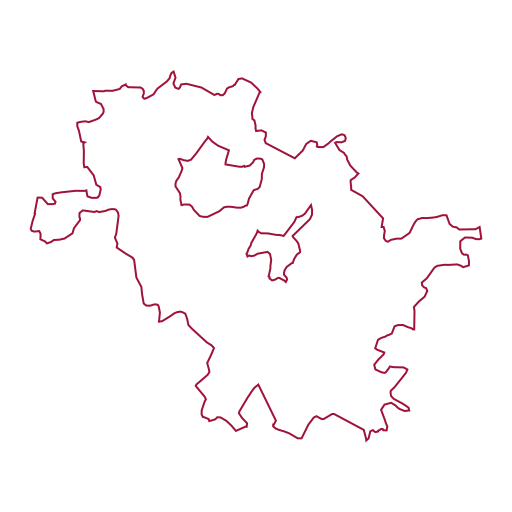 Zaqaziq, Ash Sharqiyah, Egypt (Mercator projection)
{"feature_id": "37247803B86566880158535", "entity_name": "Zaqaziq", "entity_type": "district", "adm_level": 2, "iso_a3": "EGY", "parent_name": "Egypt", "parent_adm1": "Ash Sharqiyah", "projection": "mercator", "projection_center": [31.49, 30.587], "detail": "fine", "context": "isolated", "style": "outline", "palette": "rose", "viewbox_px": 512, "rotation_deg": 0, "n_neighbors": 0, "source": "geoboundaries", "source_scale": "gbopen_adm2", "svg_char_len": 6011}
<svg xmlns="http://www.w3.org/2000/svg" viewBox="0 0 512 512"><path d="M479.6,227.0L475.6,229.2L459.3,229.5L456.7,227.4L452.8,226.7L449.6,223.9L446.5,215.3L442.6,215.2L436.7,217.0L432.7,217.6L426.9,218.1L422.3,218.0L417.7,219.2L415.7,221.2L413.7,224.4L409.6,232.9L402.3,238.0L401.0,238.7L397.0,238.6L391.1,239.8L387.8,241.7L385.9,241.0L384.0,238.3L384.0,235.6L384.8,231.0L383.6,227.0L381.6,227.0L383.1,218.4L362.7,196.3L351.1,189.8L351.2,187.4L350.6,182.1L350.7,180.1L354.6,177.6L358.4,173.5L356.7,172.4L350.3,165.6L347.2,159.6L346.6,156.3L344.7,154.2L344.0,152.9L339.5,150.1L335.1,142.8L336.4,142.1L341.6,142.3L344.9,141.0L345.6,139.1L345.7,137.7L344.4,135.1L341.8,134.3L337.2,136.2L330.6,141.4L328.6,143.3L323.3,147.1L318.0,147.0L316.8,146.5L317.3,144.9L316.7,142.3L310.8,140.8L306.2,144.0L302.8,150.5L294.8,158.3L265.7,143.1L264.5,139.8L265.8,136.5L265.9,132.5L261.4,130.4L256.1,131.0L255.5,128.3L255.6,125.7L254.4,120.4L252.5,119.0L251.9,113.0L253.3,107.1L259.5,92.7L260.4,92.1L257.6,88.7L251.2,82.6L242.1,78.4L238.4,79.0L234.8,84.9L234.2,84.9L232.8,86.2L228.9,87.4L226.9,88.7L224.8,93.3L222.8,95.2L220.2,95.2L219.6,94.5L218.3,93.8L217.0,93.8L214.4,95.0L201.4,87.5L186.5,83.8L181.2,84.4L179.8,87.6L178.5,88.9L175.3,87.6L173.4,83.5L175.5,77.6L173.6,71.6L171.6,72.9L170.3,75.5L169.6,78.2L166.9,81.4L157.6,88.5L155.6,91.1L153.6,94.3L148.9,96.9L146.3,98.2L144.3,98.8L142.6,97.0L143.8,93.5L143.8,90.8L142.6,88.8L140.6,87.5L128.2,87.2L125.6,85.1L125.6,84.5L121.7,86.4L119.7,89.0L112.5,90.8L105.3,90.7L103.9,91.3L93.2,91.0L95.7,101.1L96.2,101.9L101.0,104.0L103.6,109.1L103.6,111.9L102.8,113.7L99.0,118.1L96.1,119.5L88.9,122.1L85.1,121.3L81.1,121.8L77.3,122.7L77.3,126.1L79.0,131.0L81.2,141.5L84.7,142.4L83.3,143.3L83.9,151.5L83.7,163.4L84.3,167.2L87.3,167.0L93.7,175.4L96.3,184.7L100.3,187.1L100.7,189.5L99.4,195.1L99.0,196.0L98.2,196.6L97.9,197.5L96.5,197.8L91.8,197.9L88.1,196.6L87.5,196.4L86.8,193.3L86.4,190.4L84.9,190.9L75.7,190.8L62.4,192.2L55.7,193.2L52.7,194.2L52.7,198.3L55.5,201.8L55.0,203.6L52.7,204.1L47.8,204.1L42.1,197.7L37.6,197.6L34.6,213.3L35.1,213.7L32.8,220.4L30.7,228.8L31.6,230.7L34.2,231.6L39.2,231.1L40.6,233.9L40.4,239.3L45.0,241.4L46.9,243.4L50.8,242.1L53.9,240.0L59.4,239.7L64.6,238.5L72.5,233.3L74.0,228.1L80.0,220.2L80.0,218.3L79.4,217.0L79.5,213.0L82.8,210.4L94.5,212.0L96.6,211.1L99.1,212.1L105.6,210.9L108.3,209.7L111.5,209.1L114.2,209.1L116.1,209.8L118.0,212.5L118.6,215.8L116.3,233.6L114.9,237.6L117.4,243.6L116.7,247.5L125.7,253.6L132.8,257.8L132.8,258.4L134.1,259.8L136.4,277.6L141.4,287.0L142.0,293.6L143.7,303.5L146.3,305.6L150.2,305.7L154.2,304.4L156.8,304.5L158.1,305.2L158.7,306.5L159.9,312.5L159.0,321.7L162.3,321.1L169.6,316.6L174.2,313.4L176.9,312.2L180.1,311.6L182.7,312.3L185.3,313.7L187.2,319.0L188.4,325.0L192.2,329.0L207.0,342.5L211.5,345.3L214.0,348.0L211.3,354.5L207.2,363.0L209.0,369.6L209.4,372.0L207.6,374.9L196.4,384.5L195.7,385.9L204.6,396.6L205.9,399.3L204.5,401.9L201.7,410.4L201.6,414.4L202.9,417.0L203.6,417.0L208.7,419.1L209.3,421.1L215.3,419.3L217.2,417.3L220.5,417.4L226.3,420.8L231.4,425.6L235.9,430.9L245.8,426.5L246.6,426.8L247.1,423.3L242.0,417.9L238.9,413.2L239.5,411.2L247.6,397.6L252.4,390.4L254.4,387.8L258.3,384.6L275.9,420.6L273.9,424.5L273.2,424.5L273.2,426.5L275.7,428.5L279.0,429.9L284.2,431.4L289.3,433.4L297.7,438.3L301.6,438.3L308.4,424.6L313.8,417.5L316.4,416.2L321.6,419.0L323.6,419.1L332.1,414.0L334.1,414.0L363.8,429.9L366.2,439.1L366.3,440.4L368.6,438.4L370.3,431.3L372.9,430.1L374.2,431.4L375.5,432.1L378.1,431.5L378.1,430.8L381.4,428.9L382.7,429.0L383.3,430.3L386.6,430.4L387.3,426.4L386.1,423.8L384.8,419.8L381.1,409.8L384.5,404.6L391.1,402.8L395.6,405.5L397.5,407.5L399.4,408.9L404.6,411.0L409.2,410.5L408.6,407.8L406.0,405.8L401.5,403.0L393.8,398.9L391.2,396.2L390.6,393.5L390.7,390.9L394.7,387.0L406.0,372.8L407.4,369.5L403.5,367.4L393.8,367.2L389.9,366.5L389.2,367.8L385.8,372.3L384.5,372.9L381.3,372.2L375.4,369.4L374.2,364.8L378.3,359.6L383.6,354.4L384.3,352.5L377.1,349.7L375.2,348.3L378.0,339.8L381.3,337.9L385.2,336.7L387.2,335.4L389.2,334.8L391.8,333.5L394.6,326.3L397.9,325.1L402.9,325.0L408.3,327.3L410.9,328.0L412.2,328.7L412.8,329.4L414.2,329.4L414.5,310.9L413.9,307.0L419.3,301.1L424.6,296.7L427.3,290.8L426.1,288.1L424.1,287.4L422.2,285.4L421.8,282.6L426.9,278.2L434.3,267.8L437.0,265.9L444.2,264.8L448.7,264.9L457.2,264.4L461.1,265.8L463.1,267.2L468.9,265.4L469.0,261.4L467.9,255.4L466.6,254.7L464.0,254.7L462.0,253.3L460.2,248.6L460.3,241.2L465.0,237.5L472.2,237.7L476.0,239.1L479.3,239.2L481.3,238.6L479.6,227.0ZM226.3,159.1L225.6,162.4L225.5,164.4L239.2,166.7L241.8,166.8L244.2,165.9L244.6,166.8L249.7,165.6L253.0,162.4L254.3,159.8L257.0,158.5L260.2,158.6L262.2,159.3L262.8,160.6L264.1,164.0L264.0,167.3L261.9,173.8L261.8,179.1L259.7,187.0L257.7,188.9L253.7,190.2L249.0,198.6L247.6,203.9L246.9,205.5L244.9,205.8L244.3,206.5L241.0,207.7L236.4,207.6L231.2,206.8L227.3,206.7L224.0,207.3L219.4,211.2L207.5,216.9L202.9,216.8L199.7,216.0L193.9,210.0L192.0,206.6L189.5,204.6L184.2,204.5L181.5,205.1L180.4,199.7L180.5,196.4L179.9,193.1L175.5,186.4L175.5,183.8L176.2,181.1L178.9,177.2L181.7,170.7L182.4,168.1L178.5,159.1L179.9,158.8L183.8,160.2L187.7,160.9L191.0,159.7L196.4,153.2L205.8,140.2L207.1,138.9L208.0,136.9L212.3,141.6L218.1,145.7L228.9,150.3L226.3,159.1ZM270.4,266.0L271.2,259.9L270.0,253.9L267.5,251.9L257.6,253.7L254.3,255.6L251.1,256.2L249.1,255.5L247.5,256.5L246.5,253.7L247.2,252.8L248.6,248.8L250.6,245.6L251.3,243.0L256.8,233.2L257.6,230.7L258.7,231.9L261.3,233.3L267.9,233.4L276.3,234.9L279.6,235.0L283.7,235.9L294.2,222.1L296.5,217.2L298.9,216.9L302.2,215.7L304.8,213.8L311.0,205.1L312.1,210.0L312.0,214.6L309.9,219.2L292.6,236.0L293.2,237.3L296.4,240.7L298.3,243.4L300.1,250.7L300.1,252.2L296.8,254.6L294.1,259.1L292.7,263.0L292.0,263.0L286.7,266.9L284.7,270.1L284.0,272.8L284.0,274.7L286.5,277.4L287.1,279.4L285.8,282.0L284.5,280.7L279.3,277.9L278.0,277.9L274.7,279.8L272.1,280.4L269.5,278.4L269.6,277.1L268.6,276.5L270.4,268.5L270.4,266.0Z" fill="none" stroke="#9f1239" stroke-width="2"/></svg>